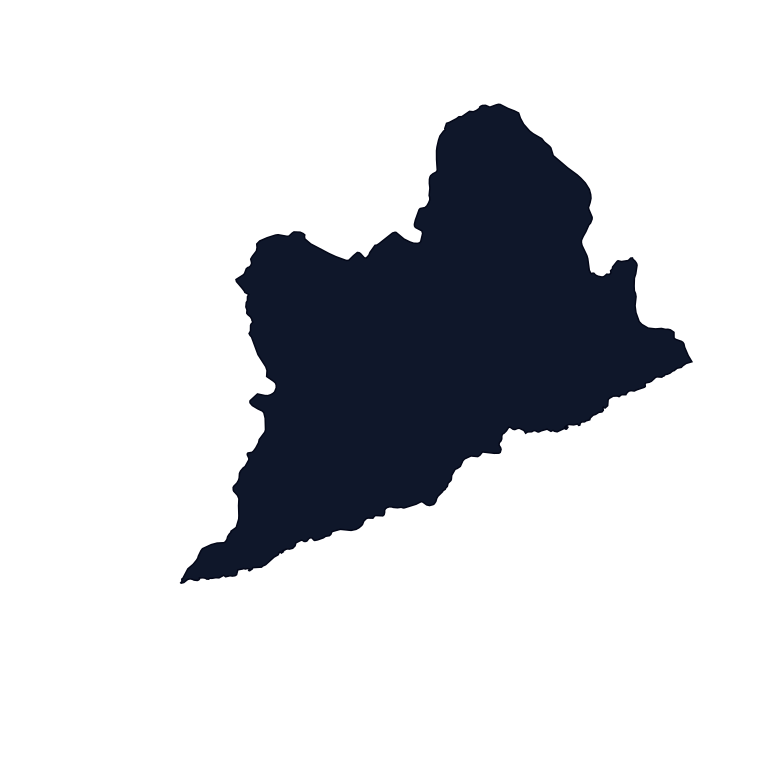 the district of Kutu, Bandundu, Democratic Republic of the Congo, rotated 318°
{"feature_id": "63176286B54443714119434", "entity_name": "Kutu", "entity_type": "district", "adm_level": 2, "iso_a3": "COD", "parent_name": "Democratic Republic of the Congo", "parent_adm1": "Bandundu", "projection": "albers", "projection_center": [18.108, -2.975], "detail": "fine", "context": "isolated", "style": "filled", "palette": "ink", "viewbox_px": 768, "rotation_deg": 318, "n_neighbors": 0, "source": "geoboundaries", "source_scale": "gbopen_adm2", "svg_char_len": 6170}
<svg xmlns="http://www.w3.org/2000/svg" viewBox="0 0 768 768"><g transform="rotate(318 384 384)"><path d="M616.1,570.6L618.1,570.4L622.3,570.9L627.7,573.5L629.1,566.4L632.0,557.9L633.7,554.9L634.0,553.1L633.6,551.4L630.5,545.7L630.4,543.8L634.1,539.6L633.1,535.4L631.7,533.4L629.7,531.7L627.4,528.4L622.6,524.7L617.7,519.2L615.5,512.2L615.4,508.4L619.0,499.6L622.9,493.9L629.7,487.8L631.5,485.0L632.4,482.3L635.4,478.6L641.0,472.8L644.8,470.6L651.6,465.0L652.4,463.4L652.8,460.7L652.5,457.8L653.0,456.6L651.6,455.5L648.2,455.7L642.4,451.9L640.4,449.0L639.4,448.8L632.2,450.0L630.6,451.3L628.2,451.4L627.1,453.2L625.0,453.5L623.0,451.4L619.6,451.4L617.7,450.5L615.1,447.0L614.1,444.5L614.1,442.1L613.3,441.3L611.9,440.9L612.0,439.2L612.7,436.8L619.3,427.2L620.7,424.3L623.9,413.5L625.4,410.9L627.0,409.3L630.8,407.6L635.9,405.9L642.6,402.9L645.2,402.6L649.0,400.7L650.3,399.3L653.1,391.3L654.0,389.7L658.4,387.2L662.1,384.5L664.4,381.5L666.8,376.8L668.1,369.4L668.0,362.9L667.5,357.9L665.1,346.3L662.6,327.5L666.0,320.2L666.1,318.2L665.1,311.4L665.4,307.3L662.3,297.8L661.5,293.4L661.6,284.4L663.2,277.8L665.4,272.7L663.7,268.4L660.5,262.1L657.4,254.0L656.2,252.7L654.1,251.6L647.9,249.1L646.0,244.9L643.6,242.9L641.9,242.3L640.4,242.2L639.4,243.0L635.5,242.5L632.5,241.4L630.0,238.6L621.5,237.5L620.6,237.3L618.5,235.5L615.5,235.3L607.6,233.3L604.9,232.1L600.1,234.8L599.3,236.2L597.5,235.9L591.6,237.1L587.8,239.2L582.1,243.2L579.2,245.7L573.3,252.3L566.5,260.9L564.4,261.4L561.1,260.5L558.2,260.4L556.9,260.8L554.8,262.2L551.9,265.3L549.2,269.1L543.7,274.1L542.6,276.3L541.1,277.9L538.4,279.2L535.1,280.3L532.5,280.3L528.3,277.8L526.8,277.9L517.1,283.1L513.5,285.6L512.4,287.0L512.1,288.7L514.6,295.5L513.5,297.9L506.6,302.7L505.0,302.9L503.1,302.0L500.2,299.2L498.3,295.7L495.9,289.7L494.4,279.4L493.7,278.6L491.4,277.5L474.3,276.4L471.7,276.0L470.1,274.9L461.6,276.8L459.0,278.1L455.0,278.5L453.8,277.1L453.8,271.4L453.4,269.8L452.2,268.4L447.2,268.2L440.5,268.5L438.6,266.9L433.4,257.1L430.5,250.4L423.3,230.9L422.3,223.2L423.5,221.3L424.9,220.2L424.6,218.1L423.3,215.1L418.8,210.7L416.7,210.4L412.3,210.5L410.8,209.4L405.2,202.2L403.0,200.7L395.0,197.1L387.3,194.5L383.1,194.8L380.9,197.7L378.1,199.8L371.6,201.0L368.5,202.0L367.0,204.8L366.0,206.0L363.9,206.9L362.0,206.9L360.8,206.3L358.8,206.2L354.2,208.6L352.2,208.7L343.9,207.3L342.9,209.2L342.7,216.9L342.4,221.2L341.9,222.9L343.4,227.0L341.0,227.7L338.2,230.7L336.3,231.2L332.9,234.3L331.7,237.3L329.4,239.5L329.2,241.1L329.7,244.7L329.1,247.5L328.4,248.4L327.9,250.3L325.4,250.5L324.1,251.1L320.2,255.3L317.5,256.2L317.0,258.2L317.0,260.4L310.0,277.9L307.7,292.0L306.1,295.7L301.8,299.9L303.8,308.2L304.0,310.6L303.2,312.6L301.4,314.7L297.4,316.7L295.2,316.7L292.5,316.1L289.9,314.9L287.8,312.9L283.3,306.7L273.3,306.8L272.3,307.6L271.8,308.5L271.7,311.9L273.6,318.1L275.5,322.7L275.5,324.9L272.8,329.9L265.3,338.7L263.2,340.0L254.1,341.8L251.5,343.7L246.0,345.7L242.2,346.5L240.3,346.5L236.7,344.2L235.9,344.3L235.0,345.1L233.9,348.7L232.8,349.9L225.5,352.4L223.2,352.1L219.1,352.7L216.8,353.7L213.4,357.0L211.4,358.2L208.3,359.2L204.2,359.4L202.7,359.9L201.0,362.0L200.6,363.1L200.6,368.8L199.4,372.2L194.5,377.1L188.0,384.8L185.7,387.1L178.2,391.7L171.8,391.0L170.9,391.8L168.6,392.0L165.7,392.8L163.3,394.4L160.6,395.1L158.8,394.8L153.5,390.5L148.2,387.8L138.9,384.9L136.4,385.4L130.8,387.7L129.1,388.8L126.7,389.5L121.4,390.3L114.6,390.1L104.5,393.8L103.5,393.6L102.6,394.2L102.1,395.4L99.9,395.7L100.0,396.3L102.4,397.6L107.3,397.9L109.6,399.1L110.9,400.9L111.6,402.6L113.8,405.1L115.2,405.6L116.5,405.4L117.0,404.7L119.7,406.8L121.3,408.8L121.7,410.4L123.1,411.7L124.7,411.9L126.1,413.3L129.4,415.4L131.7,417.7L136.9,418.9L137.3,421.3L141.3,423.5L142.8,425.3L145.0,426.8L146.8,427.1L151.0,424.3L155.4,427.0L156.0,426.9L157.2,428.8L158.8,429.6L160.3,431.4L158.7,432.1L159.2,432.9L162.4,433.3L163.6,432.7L170.5,438.2L171.9,438.1L175.0,439.1L186.5,439.1L191.0,440.1L193.2,439.2L194.4,439.2L194.6,441.0L196.9,441.3L196.7,440.1L197.2,440.0L199.3,441.1L200.0,440.9L202.1,442.1L203.2,443.4L206.2,445.0L209.6,444.8L212.2,443.1L216.9,444.4L218.1,444.8L218.8,445.8L219.3,447.6L220.6,448.7L221.9,449.1L224.2,448.6L225.8,448.7L227.0,449.6L227.5,450.4L227.4,452.9L227.8,453.9L230.3,455.4L236.1,457.8L238.7,458.1L241.9,460.2L243.9,460.2L245.8,459.2L246.9,459.1L253.4,462.3L254.4,462.9L261.6,470.8L265.9,473.3L269.2,474.1L272.4,474.2L274.0,474.0L277.2,472.4L280.7,472.2L282.3,472.8L286.0,476.3L288.7,475.8L289.8,476.2L294.9,481.2L296.6,481.2L298.4,480.0L300.2,478.1L301.7,477.7L303.4,477.8L305.7,478.8L307.6,480.6L308.3,481.9L311.2,485.0L314.3,487.1L315.4,489.0L316.3,489.7L327.4,494.8L332.9,496.3L333.8,497.6L334.8,502.4L336.5,504.8L339.8,506.5L341.1,506.7L343.9,506.0L346.6,504.3L349.0,503.5L355.5,503.2L356.4,502.8L359.0,503.2L360.4,502.6L362.5,502.5L365.2,500.6L369.1,500.5L370.4,499.8L373.2,497.2L379.8,495.0L382.0,495.8L385.6,496.3L391.3,493.8L393.8,493.6L400.5,495.7L405.1,500.7L407.6,501.1L411.7,500.4L419.6,509.3L423.1,512.3L424.6,512.6L427.2,511.0L428.0,509.5L428.5,506.8L429.2,505.7L430.6,504.8L432.8,504.6L434.8,503.6L436.9,501.3L438.7,500.5L440.3,500.9L443.7,500.7L447.7,499.6L448.9,500.8L449.6,504.0L450.7,505.4L453.5,506.4L455.0,507.5L456.9,512.2L456.3,515.4L458.6,515.7L461.9,518.4L463.9,518.8L465.1,519.8L466.2,522.5L466.9,523.2L469.5,524.0L475.0,526.7L476.4,530.9L478.6,531.5L479.0,533.1L480.7,535.4L488.3,537.7L489.6,536.9L490.2,537.0L490.3,537.4L489.5,538.4L488.7,538.8L489.0,539.4L489.6,539.7L491.8,539.2L491.3,537.4L491.6,537.0L494.3,537.8L497.6,541.3L501.0,543.2L501.0,545.1L502.0,545.6L503.8,544.4L505.5,544.5L507.8,546.4L509.5,546.6L512.9,548.3L514.5,547.3L518.5,547.1L520.9,548.2L524.6,548.8L527.3,550.6L529.4,550.3L530.8,548.1L531.5,547.9L532.2,549.8L535.7,549.8L540.0,545.7L541.7,545.4L546.2,546.4L549.3,549.0L550.2,550.7L553.3,550.9L556.6,553.8L557.8,553.3L560.9,553.0L563.1,554.2L565.3,556.7L568.0,557.5L575.5,560.7L576.5,560.7L578.1,558.6L579.4,558.4L582.3,560.2L584.6,560.9L590.2,560.8L591.6,561.3L595.1,564.9L595.9,564.7L597.5,565.4L599.4,565.2L601.0,566.3L603.8,567.3L607.2,567.5L608.5,568.2L612.4,568.4L616.1,570.6Z" fill="#0f172a" stroke="#020617" stroke-width="1.5"/></g></svg>